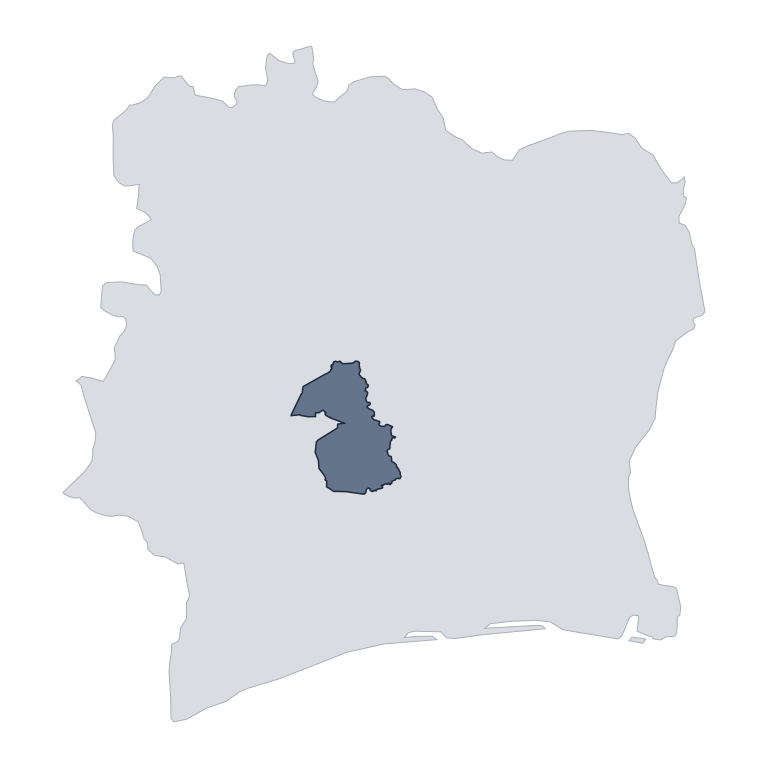 Marahoue, Marahoué, Ivory Coast shown in context
{"feature_id": "98640826B99867209198649", "entity_name": "Marahoue", "entity_type": "district", "adm_level": 2, "iso_a3": "CIV", "parent_name": "Ivory Coast", "parent_adm1": "Marahoué", "projection": "albers", "projection_center": [-5.732, 7.127], "detail": "fine", "context": "in_parent", "style": "filled", "palette": "slate", "viewbox_px": 768, "rotation_deg": 0, "n_neighbors": 0, "source": "geoboundaries", "source_scale": "gbopen_adm2", "svg_char_len": 9528}
<svg xmlns="http://www.w3.org/2000/svg" viewBox="0 0 768 768"><path d="M129.6,105.1L132.7,105.0L140.7,102.6L148.1,97.3L154.9,86.1L164.2,77.1L174.5,77.8L177.6,76.2L181.3,75.9L185.6,81.8L189.9,86.4L193.0,86.5L195.3,95.1L214.2,98.7L222.3,101.1L229.1,107.3L231.5,107.5L234.3,106.2L236.6,104.0L237.0,101.6L234.1,96.0L235.4,90.9L238.5,86.4L243.4,86.1L250.7,84.9L259.1,84.9L265.4,85.7L267.9,81.2L265.6,68.5L266.2,61.5L267.2,55.6L269.5,53.2L278.9,60.6L287.5,63.3L293.6,63.5L295.3,62.1L292.7,54.0L293.4,51.6L295.7,50.2L299.7,49.4L310.6,46.1L311.8,46.7L313.8,59.5L312.8,63.7L315.1,72.3L318.0,80.4L317.8,83.7L315.4,88.7L312.7,93.2L313.0,95.1L317.3,98.2L325.6,101.4L334.3,102.2L339.1,97.5L344.1,93.7L347.6,90.3L348.8,85.2L354.2,81.6L369.9,76.9L384.3,76.2L387.7,77.7L394.2,84.7L402.5,89.6L415.1,88.9L424.2,91.8L432.1,97.2L437.4,109.2L443.2,117.9L445.7,130.2L454.9,136.7L462.0,139.6L471.7,148.6L481.8,153.1L492.2,152.0L497.1,156.7L504.8,160.0L512.6,160.2L519.3,149.8L528.3,145.7L551.1,137.4L560.1,133.6L569.2,131.2L591.1,130.4L611.5,132.8L621.6,134.7L628.6,133.2L635.2,138.1L642.0,148.4L647.6,151.6L653.3,155.2L657.6,163.3L662.6,171.3L665.3,174.9L671.5,182.8L676.7,182.9L681.9,179.4L684.1,176.8L685.2,182.1L683.2,190.6L683.6,195.9L686.5,197.9L685.0,204.7L679.0,216.3L679.1,223.1L685.0,225.2L689.4,232.5L692.0,244.9L694.6,249.0L694.9,251.5L699.4,281.6L705.0,311.7L701.6,315.7L696.9,316.9L693.9,318.3L693.0,321.1L695.1,325.2L693.8,329.0L688.0,331.6L675.3,341.3L674.5,345.1L671.1,353.3L668.4,358.3L664.3,367.6L657.8,392.1L655.5,412.4L655.2,418.6L652.6,423.0L649.8,429.3L636.0,446.7L629.1,461.0L630.0,467.1L630.4,473.3L628.3,477.8L628.7,489.8L630.5,499.8L633.0,509.7L643.2,537.5L648.5,554.4L651.9,568.0L654.8,577.2L657.5,580.9L658.6,584.4L673.6,586.8L676.5,588.8L680.7,606.6L680.0,614.6L677.1,617.7L677.2,624.5L676.6,632.9L674.5,636.3L666.1,636.8L660.4,640.0L652.9,638.8L652.2,636.7L648.2,635.9L637.1,631.2L638.8,615.8L633.7,615.1L629.7,617.2L621.9,635.8L618.2,639.0L562.8,629.7L550.8,622.0L536.4,620.3L511.3,621.3L490.6,623.6L484.7,628.3L536.9,625.4L542.6,625.9L545.2,628.7L479.2,635.1L454.0,638.7L446.5,637.8L440.9,631.8L413.5,631.2L407.9,633.1L404.5,637.5L415.3,636.5L432.3,636.2L436.8,639.6L383.6,644.0L346.7,652.3L331.0,658.5L279.5,678.7L248.0,688.2L239.8,691.7L225.5,701.6L207.1,707.8L186.4,719.3L173.8,721.9L171.0,718.2L170.7,698.5L169.1,672.0L169.8,661.9L171.5,652.4L171.6,644.5L177.8,641.6L179.5,638.3L180.5,628.1L186.4,618.7L186.5,602.5L188.3,599.1L189.6,594.8L187.2,584.1L184.0,563.9L182.4,562.6L181.0,563.4L177.7,563.8L164.8,556.8L154.9,555.5L147.9,549.5L147.5,542.8L144.1,538.8L141.8,530.9L138.3,521.9L128.5,516.4L119.3,515.1L112.8,516.2L105.1,515.8L96.3,512.8L90.2,509.3L84.5,502.7L79.2,497.4L75.0,498.1L69.8,496.8L64.7,494.4L63.0,492.5L84.5,471.7L91.8,461.5L92.6,455.3L92.7,448.9L95.1,442.5L95.7,432.6L84.1,396.7L81.2,385.6L78.1,382.3L76.1,381.1L82.0,376.5L90.3,377.7L102.8,381.4L105.6,377.9L115.2,359.8L115.0,353.1L114.1,348.4L119.7,336.1L124.2,331.3L126.5,326.1L125.8,319.1L122.5,316.4L118.1,316.9L112.8,315.1L104.8,311.0L100.7,307.4L102.0,291.0L102.8,286.0L105.7,283.1L110.1,282.3L122.6,281.9L132.7,283.8L141.5,284.9L146.3,284.9L150.0,289.8L155.1,294.8L159.6,294.8L161.2,291.1L160.2,274.9L157.3,266.4L150.5,258.1L133.0,251.0L132.7,241.2L134.5,230.5L138.3,226.6L151.3,219.9L149.1,216.2L144.9,212.3L136.7,208.4L138.6,195.6L139.1,184.3L132.1,185.5L125.0,186.1L118.9,182.6L113.9,175.7L113.1,156.7L113.2,134.7L112.3,125.0L114.2,119.9L120.4,115.1L127.2,109.0L129.6,105.1ZM645.8,639.1L642.9,643.3L628.9,640.7L632.2,637.1L645.8,639.1Z" fill="#d9dde1" stroke="#a8b0b8" stroke-width="1"/><path d="M374.5,414.7L374.1,413.8L374.1,413.2L374.3,412.5L374.3,412.2L374.2,411.9L374.0,411.7L372.9,410.6L372.0,410.0L371.5,409.7L369.7,409.2L369.1,408.8L367.8,407.7L367.5,407.5L367.2,407.2L367.0,406.6L367.1,406.3L367.4,406.2L368.3,405.6L369.5,405.1L370.0,404.6L370.3,403.9L370.4,403.6L370.3,403.3L370.1,402.9L369.8,402.7L369.1,402.3L368.8,402.4L368.5,402.6L368.2,402.6L367.4,402.4L367.1,402.2L366.9,402.0L366.5,401.3L366.2,400.6L366.1,400.3L366.0,399.0L365.7,398.1L365.8,397.6L366.4,397.1L366.6,396.9L366.8,395.6L367.0,395.2L367.4,394.5L367.5,394.1L367.6,393.0L367.6,392.4L367.4,392.0L366.7,391.7L366.2,391.2L365.3,390.8L365.5,390.7L365.7,390.4L365.7,390.2L365.5,389.2L365.6,388.3L365.8,388.1L366.4,387.8L366.7,387.6L367.3,387.6L367.6,387.1L368.0,387.0L368.1,386.8L368.1,386.4L368.0,386.2L367.9,385.9L368.1,385.5L368.3,385.3L368.3,385.1L367.5,384.5L367.2,384.4L366.9,384.2L366.7,383.6L366.5,383.4L366.4,383.1L366.1,382.8L366.0,382.5L366.2,381.6L365.6,381.1L365.5,380.5L365.5,380.2L365.0,379.2L364.7,379.0L364.4,378.5L364.0,378.5L363.3,378.6L362.3,378.0L361.7,377.4L361.2,377.0L360.0,375.5L359.7,375.2L359.5,374.7L359.0,374.1L358.9,373.8L359.0,373.4L359.7,372.6L359.9,371.7L360.6,370.3L360.5,369.8L359.8,368.6L359.7,368.3L359.7,368.0L359.5,367.3L359.4,367.0L359.5,366.7L359.4,365.6L359.3,365.0L359.2,364.4L359.3,363.7L359.5,363.5L359.3,362.5L359.1,362.3L358.6,362.0L358.2,361.5L358.0,361.4L356.8,361.3L356.5,361.3L355.7,361.2L355.0,361.3L354.7,361.8L353.7,362.4L353.4,362.9L352.8,363.1L352.0,363.1L351.4,363.3L351.1,363.2L350.7,363.4L349.9,363.2L349.2,363.5L347.8,363.4L345.9,363.7L344.9,363.6L344.5,363.7L343.9,363.6L342.8,363.8L342.7,363.6L342.2,363.2L341.6,362.9L340.7,361.8L340.4,361.7L340.2,361.3L339.8,361.2L338.6,361.6L338.0,361.9L337.1,361.8L335.5,361.2L334.6,361.6L334.1,361.7L333.9,361.9L333.9,362.3L333.5,362.6L332.9,364.2L332.3,364.9L332.3,365.2L332.6,365.7L332.4,365.8L332.3,365.7L332.1,365.1L331.9,364.9L331.5,364.9L331.3,365.2L331.0,366.8L331.1,367.1L331.8,367.8L331.9,368.3L331.5,368.4L331.5,368.6L331.7,368.9L331.6,369.0L331.4,369.2L331.1,369.4L330.8,369.7L330.8,370.3L330.0,371.3L329.9,371.4L329.9,371.5L326.7,373.7L326.1,373.7L303.1,386.6L302.7,388.8L302.2,393.0L301.0,394.5L291.2,414.9L291.2,415.7L299.6,414.7L300.8,415.5L308.3,416.7L315.5,416.6L315.6,412.7L318.6,412.8L323.1,410.1L323.9,410.9L324.4,411.3L324.9,412.1L325.4,412.3L326.0,412.5L326.1,412.9L325.3,413.4L325.2,413.5L325.1,414.1L325.6,414.9L325.9,415.3L326.1,415.4L326.2,415.6L327.4,416.1L328.3,416.8L329.0,417.0L329.3,417.2L330.0,417.3L330.4,418.0L331.0,417.9L331.4,418.1L331.7,418.4L332.0,418.5L332.4,418.8L333.7,419.1L336.2,420.1L337.1,420.3L338.9,421.3L339.1,421.4L339.7,421.3L340.2,421.6L340.9,421.9L342.8,422.5L343.3,422.8L344.3,423.0L344.5,423.2L337.7,424.1L337.5,427.9L318.3,439.9L316.4,441.9L315.2,452.3L318.4,460.4L319.0,468.5L324.2,475.2L325.5,477.7L325.4,478.4L325.5,478.8L325.4,479.1L325.0,479.6L325.0,479.8L325.4,480.2L326.6,481.0L326.8,481.3L326.5,486.8L329.4,488.5L333.7,491.4L337.7,491.5L338.5,491.4L339.0,491.5L341.1,491.5L345.7,491.6L361.7,493.9L363.6,494.1L364.0,494.2L364.2,493.5L364.4,493.3L364.9,493.4L365.2,493.2L365.8,492.4L366.0,491.9L366.2,490.2L366.3,489.6L367.0,488.8L368.3,488.1L368.5,488.0L369.0,488.3L369.8,488.7L370.0,488.9L370.1,490.2L370.2,490.5L370.3,490.6L370.8,490.7L371.1,491.0L371.3,491.0L371.5,490.9L371.8,490.9L372.1,491.4L372.3,491.6L372.5,491.5L372.9,491.2L373.5,491.0L374.3,490.5L374.6,490.5L375.0,490.6L375.2,490.8L376.0,490.9L376.0,490.4L376.0,489.8L376.4,489.7L377.0,489.7L378.1,488.9L379.7,488.8L380.4,488.7L382.4,488.0L382.6,487.7L382.6,487.3L381.5,485.7L381.6,485.3L381.7,485.1L381.9,485.0L382.4,485.0L383.0,485.4L383.1,485.2L383.4,485.0L384.9,484.2L385.5,483.7L386.1,483.7L386.7,484.0L387.0,484.3L387.5,484.3L387.9,484.1L387.9,483.7L388.0,483.4L388.7,483.1L389.1,483.2L389.4,483.4L389.5,483.8L389.5,484.3L389.7,484.5L389.9,484.6L390.2,484.6L390.7,483.8L391.7,483.4L391.8,483.1L391.8,482.1L391.6,481.6L391.7,481.4L391.8,481.3L392.0,481.1L393.0,480.9L394.2,480.2L395.0,480.2L395.5,479.7L395.6,479.0L395.9,478.9L396.2,478.8L397.5,478.3L398.3,478.6L399.5,478.5L399.8,478.6L400.0,478.4L400.3,477.7L400.8,477.1L400.9,476.9L401.0,476.5L400.2,474.6L400.2,473.1L400.3,472.6L400.0,472.1L399.4,471.2L398.8,469.7L398.6,469.4L398.6,469.1L398.5,468.9L397.9,468.2L397.4,467.5L397.1,466.9L396.6,466.8L396.6,465.6L396.4,464.9L395.5,463.9L394.1,462.8L393.6,462.3L393.0,462.1L392.5,461.8L391.7,461.4L391.5,460.9L391.7,459.3L391.3,457.5L391.4,457.1L391.3,456.7L390.8,456.3L389.8,456.2L389.1,455.9L388.9,455.7L388.1,454.4L387.7,453.6L387.7,453.3L387.7,452.4L387.6,452.2L387.3,452.0L387.1,451.5L387.1,451.0L387.2,450.5L387.4,450.2L387.7,450.1L387.9,449.9L388.2,449.5L388.6,449.2L389.4,449.0L389.8,448.7L389.8,447.9L390.1,446.7L389.9,445.5L390.3,443.4L390.3,443.0L390.2,442.5L390.4,441.9L390.7,441.6L390.9,440.9L391.2,440.5L391.6,440.3L391.7,440.0L391.7,439.3L392.1,438.8L392.1,438.3L392.2,438.1L392.4,438.0L393.0,437.9L393.2,437.6L393.6,437.5L394.0,437.6L394.4,437.9L394.6,438.0L395.4,437.3L395.5,437.0L395.3,436.8L394.8,436.8L394.4,436.7L394.1,436.7L393.7,436.4L393.5,436.2L392.6,436.0L392.0,435.9L391.6,435.5L391.5,435.3L391.4,434.6L391.4,434.0L391.1,433.3L391.1,432.3L390.9,431.8L390.9,431.2L390.9,430.5L390.8,429.6L390.9,429.4L391.4,429.0L391.5,428.9L391.5,428.2L392.4,427.1L392.5,426.9L392.4,426.7L392.2,426.4L390.9,426.0L389.4,425.3L388.5,424.7L387.8,424.5L387.5,424.6L385.9,424.7L385.5,425.1L385.4,425.6L385.3,425.9L385.0,426.1L384.8,426.2L384.0,426.2L383.2,426.5L382.1,426.2L381.5,426.4L381.2,426.3L380.9,426.2L379.4,425.2L378.8,424.8L378.6,424.7L378.5,424.3L378.7,424.0L379.6,423.1L379.7,422.8L379.6,421.9L379.5,421.5L379.3,421.3L378.5,421.1L377.5,421.0L375.9,420.1L375.0,420.1L374.3,420.0L373.6,419.2L372.6,418.5L372.0,417.9L371.9,417.7L371.8,416.8L371.9,416.3L372.3,416.0L372.8,416.0L373.2,416.1L373.4,416.4L373.7,416.5L373.9,416.2L374.2,416.0L374.2,415.5L374.5,414.7Z" fill="#64748b" stroke="#1e293b" stroke-width="1.5"/></svg>